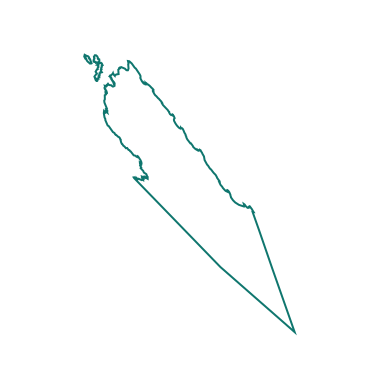 Vardø nor, Finnmark, Norway (Equal Earth projection), rotated 238°
{"feature_id": "86288312B8683339582307", "entity_name": "Vardø nor", "entity_type": "district", "adm_level": 2, "iso_a3": "NOR", "parent_name": "Norway", "parent_adm1": "Finnmark", "projection": "equal_earth", "projection_center": [30.933, 70.337], "detail": "fine", "context": "isolated", "style": "outline", "palette": "teal", "viewbox_px": 384, "rotation_deg": 238, "n_neighbors": 0, "source": "geoboundaries", "source_scale": "gbopen_adm2", "svg_char_len": 5998}
<svg xmlns="http://www.w3.org/2000/svg" viewBox="0 0 384 384"><g transform="rotate(238 192 192)"><path d="M142.3,233.6L144.2,233.6L145.5,233.7L149.3,233.4L149.5,233.2L149.4,232.5L148.5,232.2L148.6,231.7L148.9,231.0L149.2,230.7L151.9,230.0L153.4,230.0L154.4,229.6L154.1,229.5L152.3,229.4L152.1,229.1L152.0,228.8L152.0,228.5L156.2,225.0L160.2,223.1L163.2,222.4L166.8,222.2L167.5,222.5L168.5,222.7L169.3,223.1L171.9,223.5L173.8,223.4L174.6,223.1L174.5,222.9L174.8,222.7L174.3,222.2L173.7,222.0L175.1,221.1L176.4,220.8L179.3,220.3L180.4,220.4L182.8,220.0L184.2,220.1L185.6,220.3L185.3,220.6L186.5,221.1L188.4,220.9L191.0,220.8L191.5,221.0L194.1,221.1L196.2,220.6L197.6,220.4L201.1,220.1L201.7,219.8L203.1,219.6L205.8,219.6L207.2,219.3L212.4,219.6L215.8,221.0L218.8,221.1L220.1,221.3L221.8,221.2L222.7,221.4L223.8,220.9L223.5,220.4L223.4,219.9L225.0,219.1L224.5,218.8L226.6,217.7L229.6,216.9L230.5,217.1L232.5,217.0L234.0,216.8L234.1,216.4L239.0,215.9L241.2,216.1L242.3,216.6L243.1,216.5L244.2,217.0L246.3,217.0L248.5,217.4L250.5,217.6L251.4,217.3L251.5,216.8L252.2,216.7L251.7,216.4L251.7,216.0L252.7,215.3L253.7,214.9L256.4,214.4L258.9,214.3L261.8,214.5L262.8,214.9L263.4,215.4L263.7,216.3L264.2,216.5L266.2,216.8L267.1,216.6L267.5,216.8L268.2,216.5L268.1,216.1L267.8,215.9L268.3,215.7L268.3,215.1L269.8,214.6L271.8,214.8L272.1,215.1L273.4,214.8L274.2,214.9L280.9,213.5L283.4,213.5L284.5,213.8L284.4,213.9L285.0,213.9L286.7,213.6L286.9,213.5L288.7,213.3L289.3,213.0L292.4,212.5L293.4,212.1L295.2,212.0L298.2,212.2L298.7,212.5L298.4,212.6L298.2,212.8L299.1,213.1L298.9,213.4L299.0,213.5L300.7,213.3L302.8,212.6L302.2,212.9L304.8,212.3L307.1,211.4L306.2,211.5L307.8,211.1L307.7,211.0L308.5,210.5L309.1,210.4L308.7,210.2L307.5,210.2L307.7,209.8L308.2,209.3L309.7,209.0L309.3,208.8L309.4,208.6L310.3,208.4L312.5,208.2L315.8,208.5L316.3,208.7L316.5,209.1L317.7,209.8L319.4,210.0L326.4,209.8L327.8,209.3L333.0,209.0L336.1,208.1L337.0,207.1L334.4,206.2L334.2,205.6L330.3,203.6L329.2,202.2L329.6,201.4L330.2,200.9L332.1,200.5L335.5,198.1L335.1,196.9L335.8,196.6L335.7,195.8L335.0,195.3L334.8,194.3L330.9,192.2L331.8,190.1L331.7,188.4L331.4,188.1L332.9,187.8L333.4,187.8L333.8,188.0L334.3,187.8L334.6,187.9L334.3,187.4L333.9,185.3L334.2,184.3L333.8,183.5L333.6,183.7L332.8,183.6L332.9,183.9L331.9,184.1L330.2,183.8L330.2,183.4L327.5,183.4L328.0,183.8L326.7,184.0L325.5,184.0L325.2,183.9L325.5,183.4L325.8,183.4L326.2,182.9L326.0,183.0L324.9,182.9L325.2,182.8L323.8,183.0L323.3,182.7L323.1,182.6L323.1,181.4L323.4,180.7L324.1,180.4L325.4,180.0L326.0,179.1L327.0,178.2L328.3,178.1L328.1,177.5L327.9,177.4L328.0,177.1L328.0,176.7L327.3,176.6L326.9,175.1L327.4,174.7L327.9,174.8L328.0,174.7L327.8,174.7L328.0,174.6L328.0,174.4L327.4,174.4L327.5,174.1L326.8,173.1L326.5,173.1L326.0,172.7L325.3,172.7L325.5,173.0L325.1,173.1L324.7,172.9L324.0,172.9L324.1,172.7L323.5,172.4L323.0,172.6L322.7,172.8L321.6,172.6L321.1,172.3L321.5,171.9L321.2,171.6L321.8,171.2L320.3,170.6L320.3,169.3L316.8,167.2L315.9,165.9L314.1,165.1L307.7,164.0L307.7,163.6L309.0,163.1L305.8,163.2L305.9,162.6L304.3,162.2L306.2,161.5L305.1,160.8L305.1,160.2L307.0,160.1L305.6,159.0L301.5,157.3L299.9,157.2L298.9,156.6L293.1,155.7L292.0,156.3L284.7,156.7L283.2,157.5L281.8,157.4L280.8,157.6L280.7,157.9L277.8,158.7L277.2,159.2L276.5,159.4L275.2,159.3L275.3,159.2L274.5,159.1L271.6,158.2L269.8,158.0L269.6,158.1L270.0,158.2L269.7,158.3L267.6,158.3L266.6,158.8L264.1,159.2L263.7,160.3L261.3,160.5L260.7,161.1L259.2,161.2L258.9,161.5L254.0,162.0L252.6,163.4L251.6,163.5L250.6,164.1L251.1,164.9L250.6,165.1L246.3,165.2L245.5,165.1L245.4,165.0L244.2,164.9L242.9,164.3L242.5,163.9L244.4,163.3L243.6,162.9L241.9,162.9L241.9,162.6L242.4,162.6L242.2,162.1L239.6,161.9L239.4,161.1L235.6,161.8L234.0,161.5L231.9,162.5L231.3,162.7L229.2,162.3L228.3,162.4L226.7,161.4L228.0,160.7L229.6,160.3L229.3,160.0L229.6,159.7L229.4,159.6L230.5,159.0L230.2,158.5L229.9,158.4L230.7,158.1L231.1,158.1L231.5,157.8L230.3,157.5L230.5,157.2L229.6,157.0L228.4,157.1L228.0,156.9L228.6,156.6L228.7,155.7L231.4,153.8L231.1,153.3L230.7,153.4L231.3,153.2L230.7,153.1L231.2,153.0L233.2,152.4L232.2,151.9L233.4,151.7L233.9,151.0L235.1,150.8L235.3,150.3L234.4,150.3L113.4,176.3L18.8,204.8L84.9,219.6L124.4,228.7L142.9,232.8L142.3,233.6ZM337.8,169.6L336.7,169.9L336.5,170.2L336.6,170.8L337.4,171.1L337.0,171.2L337.4,171.7L338.9,171.8L337.8,171.9L338.0,172.1L338.1,172.5L337.9,172.7L338.2,172.8L338.3,173.2L338.8,173.4L338.8,173.6L339.7,174.2L339.2,174.3L338.9,174.5L339.3,174.7L339.8,175.4L340.2,175.4L340.2,175.6L341.2,176.5L341.7,176.5L341.7,177.0L342.0,177.5L341.8,177.5L341.5,178.3L341.3,179.0L342.2,179.0L344.2,179.6L344.5,180.1L343.1,180.2L344.5,180.3L344.7,180.6L345.2,180.6L345.8,181.2L345.7,181.6L345.9,181.9L347.0,182.4L346.9,183.4L348.2,183.5L348.5,183.6L348.6,183.3L349.4,183.2L349.8,183.3L350.0,183.1L350.2,182.1L351.2,181.4L351.5,181.5L351.4,181.9L352.5,183.1L353.6,183.6L353.8,183.4L354.0,183.4L354.7,183.2L354.7,182.8L355.1,182.8L355.7,183.3L357.2,183.5L358.7,183.1L359.2,182.5L359.3,182.3L359.1,182.2L359.0,181.8L359.2,181.6L358.6,180.6L357.9,180.5L357.7,180.4L358.0,180.2L356.6,179.5L356.2,178.7L355.1,177.8L354.6,177.7L353.9,178.2L353.6,178.7L353.4,178.9L351.4,178.9L352.5,179.0L353.0,179.1L352.7,179.2L352.4,179.6L352.2,179.7L352.5,179.8L352.4,179.9L352.1,179.8L352.0,180.0L351.8,180.4L351.8,180.7L351.5,180.8L351.6,181.1L350.5,181.1L350.6,180.9L350.9,180.9L350.9,180.6L350.2,180.6L349.8,180.3L350.3,180.1L350.2,179.6L350.1,179.8L349.3,179.8L348.9,179.1L350.7,178.9L349.0,178.9L348.6,179.2L348.2,179.2L347.5,178.8L347.0,177.4L346.1,177.1L346.2,176.0L345.1,174.0L343.0,174.1L341.6,170.4L337.8,169.6ZM364.2,172.6L364.0,172.4L361.5,172.2L360.5,172.7L360.4,172.6L358.8,172.5L357.3,172.8L356.9,173.0L355.0,173.5L354.3,174.8L354.3,175.0L358.1,175.7L358.1,175.8L358.8,175.9L359.3,175.5L360.0,175.5L360.4,175.6L360.4,175.9L361.3,176.0L362.3,175.7L363.4,174.7L365.2,173.7L364.6,173.1L364.0,173.2L363.2,173.1L364.2,172.6Z" fill="none" stroke="#0f766e" stroke-width="2"/></g></svg>